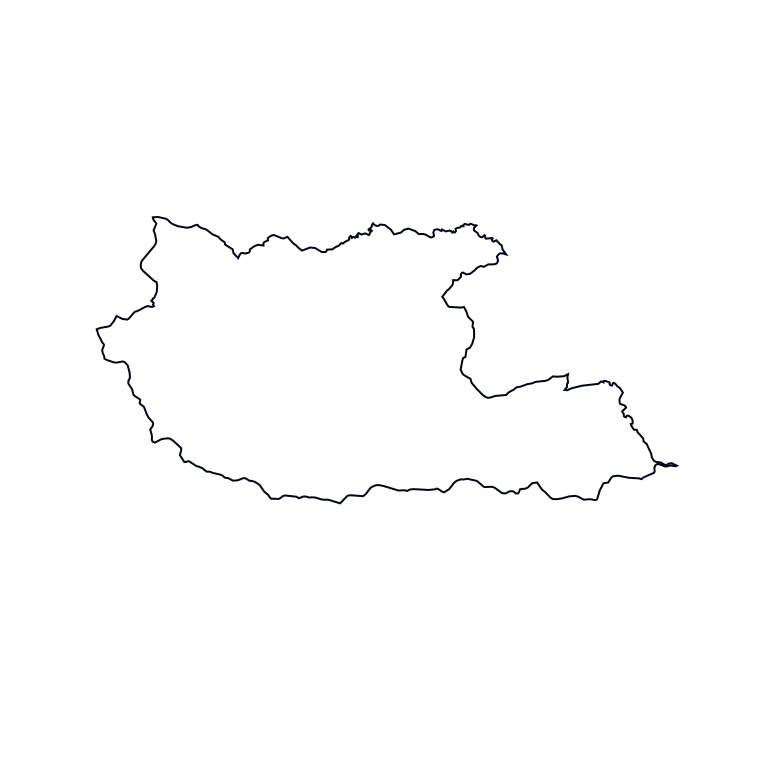 outline of Dai Tu, Thái Nguyên, Vietnam, rotated 306°
{"feature_id": "81297802B22157258808987", "entity_name": "Dai Tu", "entity_type": "district", "adm_level": 2, "iso_a3": "VNM", "parent_name": "Vietnam", "parent_adm1": "Thái Nguyên", "projection": "equal_earth", "projection_center": [105.65, 21.604], "detail": "fine", "context": "isolated", "style": "outline", "palette": "ink", "viewbox_px": 768, "rotation_deg": 306, "n_neighbors": 0, "source": "geoboundaries", "source_scale": "gbopen_adm2", "svg_char_len": 6165}
<svg xmlns="http://www.w3.org/2000/svg" viewBox="0 0 768 768"><g transform="rotate(306 384 384)"><path d="M490.1,669.0L489.1,663.4L486.7,660.9L484.7,660.3L484.0,659.6L483.1,655.5L483.5,654.8L480.8,649.6L480.5,647.7L482.0,643.9L484.6,641.2L489.9,631.8L490.1,627.9L492.4,625.5L494.1,617.2L495.4,615.9L495.1,614.6L493.9,613.1L495.8,608.2L496.7,607.2L497.8,608.3L498.3,608.3L501.0,606.2L502.1,603.8L502.1,600.6L501.7,599.7L500.7,599.1L499.2,599.3L498.8,597.3L500.9,595.2L501.3,593.6L501.9,592.7L506.9,593.7L507.6,593.4L508.0,590.9L506.8,587.1L506.8,586.5L508.1,585.0L510.4,583.3L517.5,582.3L519.3,577.4L519.4,573.6L520.0,571.8L520.1,569.2L519.0,568.7L517.0,569.4L516.0,568.0L516.6,566.4L517.7,565.8L517.7,565.0L516.5,561.1L515.8,560.2L515.1,560.0L514.4,560.6L514.0,558.6L513.5,558.1L510.1,557.3L498.9,545.1L490.3,537.9L486.6,535.9L485.4,533.6L489.1,533.8L491.4,532.1L493.3,532.1L497.4,528.3L500.1,527.1L496.0,525.0L491.2,519.2L489.6,516.3L484.2,514.6L481.7,513.0L474.8,505.4L471.4,503.3L468.2,500.1L462.4,496.2L459.1,493.1L455.8,492.3L450.5,489.8L446.9,489.3L439.9,481.2L435.2,477.7L434.0,476.3L433.3,474.6L433.1,470.8L434.6,461.6L436.5,454.1L439.0,450.9L438.2,443.7L438.4,441.8L440.6,437.6L449.7,433.3L451.7,432.8L453.7,434.0L460.5,430.4L463.8,432.2L468.5,431.7L474.7,429.5L480.4,425.3L481.7,424.0L481.9,422.6L483.0,421.5L486.7,419.5L487.8,412.4L490.9,408.3L493.3,403.4L491.1,401.4L484.8,391.6L484.7,390.4L485.3,388.5L488.1,382.3L488.8,379.9L497.1,380.1L498.5,380.7L503.9,381.2L505.9,380.7L508.7,378.9L510.7,382.0L512.2,382.8L516.1,383.2L517.7,381.7L519.8,381.7L520.6,382.5L521.1,386.2L523.8,388.9L528.8,390.4L532.7,391.0L535.7,392.5L536.5,393.2L537.4,395.8L542.1,398.1L545.4,402.6L547.2,404.0L548.5,404.3L550.8,403.8L553.5,400.4L556.2,400.5L557.5,400.9L559.2,402.7L560.6,406.7L562.5,400.9L565.4,397.5L565.2,396.0L566.3,390.4L563.7,389.1L563.4,388.0L563.8,386.8L564.2,386.3L565.6,386.3L565.7,385.7L561.5,381.1L561.6,380.3L563.4,378.5L563.4,377.7L560.7,377.3L559.9,376.4L559.6,374.8L559.8,373.3L561.2,370.9L561.1,367.0L561.4,366.1L563.5,365.0L566.6,365.6L566.4,364.9L565.6,364.2L564.5,359.8L562.6,359.1L560.9,355.2L559.3,354.7L558.4,355.6L557.0,353.4L555.6,353.7L553.4,351.6L551.7,350.7L549.8,352.4L548.1,352.2L547.7,351.3L548.0,350.4L546.7,350.3L546.6,349.9L547.1,348.6L546.7,346.9L543.7,344.2L543.2,340.4L543.0,340.0L541.8,340.6L541.4,340.3L540.9,336.7L538.3,334.1L535.5,334.9L533.1,337.5L531.6,337.0L530.0,335.7L529.2,329.4L528.2,327.3L525.7,324.0L526.1,319.5L524.1,312.4L520.6,309.6L516.4,308.7L511.0,304.2L512.9,298.8L513.1,291.3L510.7,287.1L509.2,286.8L507.9,285.7L507.0,282.9L507.6,280.8L505.7,280.7L503.5,281.7L500.0,280.6L499.4,281.4L499.6,281.9L500.6,281.8L501.1,282.4L500.8,284.1L498.4,283.7L496.2,284.4L495.6,284.1L494.8,280.3L491.6,277.8L491.2,274.7L489.9,274.6L487.4,276.4L487.2,276.1L488.1,274.6L485.3,274.6L485.0,272.7L483.4,272.2L484.2,270.7L484.1,269.9L482.0,269.7L481.2,270.6L479.5,270.8L476.7,269.1L473.4,268.2L473.1,266.8L472.6,266.5L469.6,266.2L465.9,264.2L462.6,263.1L459.2,258.9L457.6,259.4L456.4,259.1L454.2,256.2L453.5,248.4L451.1,244.1L443.8,239.3L443.9,234.6L444.5,231.5L444.4,228.0L446.3,219.3L442.9,217.4L441.8,215.4L439.9,207.5L438.6,206.1L434.8,204.4L433.2,204.5L432.0,205.7L428.6,203.8L427.6,203.7L426.7,203.9L425.2,205.1L422.3,199.9L418.4,197.8L414.0,196.4L412.7,197.4L410.8,197.5L408.0,195.0L406.6,192.1L405.6,191.4L404.0,191.3L400.1,192.0L401.4,185.3L404.0,182.4L403.4,173.5L405.0,171.8L404.9,167.3L405.7,163.5L404.3,157.4L404.5,150.0L404.2,148.1L402.9,145.2L402.6,141.2L403.2,139.6L401.2,137.7L397.8,135.8L395.7,133.9L394.4,132.4L392.2,128.0L390.6,124.6L389.3,119.9L389.0,117.2L389.7,112.3L389.4,110.2L386.3,103.0L383.0,99.0L381.2,101.1L380.3,104.9L379.8,105.6L372.8,107.3L370.5,110.9L365.5,116.0L362.8,116.9L359.8,117.0L341.2,115.7L339.5,116.1L336.0,118.1L334.7,119.8L333.9,122.5L332.3,137.2L332.7,140.1L330.4,142.6L325.0,146.0L319.0,147.5L317.0,146.7L316.4,147.3L314.6,146.8L314.1,150.1L312.5,150.5L311.8,152.2L310.3,151.3L309.1,149.4L308.3,147.2L305.8,145.4L298.4,141.8L295.8,139.9L286.8,139.1L285.2,138.4L282.9,134.2L281.8,127.7L276.0,128.5L270.4,128.3L268.1,126.9L262.6,121.5L259.4,119.4L255.7,124.3L252.8,130.3L252.2,131.0L251.4,133.9L250.8,134.7L245.8,136.0L243.9,138.0L242.0,141.2L240.1,143.1L240.6,146.0L242.8,152.9L244.1,155.1L248.1,158.8L249.0,160.1L249.2,161.7L248.5,165.6L243.7,171.5L239.6,174.9L236.2,175.4L234.1,176.9L231.7,183.2L228.1,187.5L227.8,189.2L228.1,195.9L224.6,197.8L224.4,203.2L220.4,209.4L218.5,213.0L217.1,219.5L216.6,220.3L214.2,221.5L209.7,221.7L206.0,226.4L202.2,229.2L201.4,230.5L201.9,233.1L208.8,236.5L213.0,241.0L214.0,243.0L214.2,246.9L212.9,257.6L211.3,258.8L206.5,260.7L203.5,268.3L203.7,268.8L206.6,271.2L206.9,272.1L207.4,280.8L208.3,282.6L208.5,284.4L209.1,285.9L208.8,291.9L210.6,294.5L211.5,297.8L214.7,305.5L215.0,307.1L214.7,309.6L214.9,310.9L216.3,313.4L217.0,318.3L218.1,320.1L220.6,322.6L224.7,325.2L226.3,327.1L226.7,332.4L227.9,333.9L229.0,337.4L229.2,342.8L226.5,350.5L226.2,355.4L224.7,359.8L229.3,366.6L234.4,368.4L235.8,369.7L241.3,379.3L241.6,382.4L245.4,384.7L246.9,386.6L248.2,390.3L249.8,392.1L251.8,395.2L254.1,401.9L257.8,407.3L261.6,418.6L271.8,420.1L272.9,420.7L274.9,423.2L280.9,433.0L284.3,434.0L291.6,434.1L293.8,434.8L297.4,437.0L299.2,439.2L301.3,443.8L306.3,458.3L310.0,462.9L311.0,465.5L314.1,467.2L316.4,469.8L324.5,482.4L329.0,487.4L330.4,488.1L330.9,489.9L331.1,494.7L331.7,496.3L337.1,498.5L345.3,498.8L348.3,499.6L351.8,502.0L353.7,504.7L356.3,507.1L360.2,516.1L359.5,525.6L363.9,531.2L364.8,533.1L365.1,534.4L365.1,543.0L366.1,545.7L368.0,547.3L370.6,548.4L372.6,550.5L373.2,552.4L372.9,555.1L374.6,556.9L378.9,556.0L382.8,560.2L385.1,561.3L389.6,561.9L391.3,562.6L394.3,565.8L391.5,573.7L391.3,577.7L389.9,586.0L390.2,588.3L392.8,592.0L396.3,595.4L402.0,599.9L406.0,604.6L407.0,607.3L407.8,613.5L412.0,618.5L413.9,622.5L415.0,623.8L415.9,624.2L424.7,621.1L432.8,619.9L436.0,623.3L442.0,622.9L444.1,623.6L447.5,627.4L452.2,637.5L457.5,645.7L458.4,648.3L460.7,648.7L470.8,654.6L472.2,654.4L475.2,652.0L477.2,651.3L479.4,651.8L480.7,653.4L482.5,659.8L483.3,661.0L486.4,663.6L488.9,668.3L490.1,669.0Z" fill="none" stroke="#020617" stroke-width="2"/></g></svg>